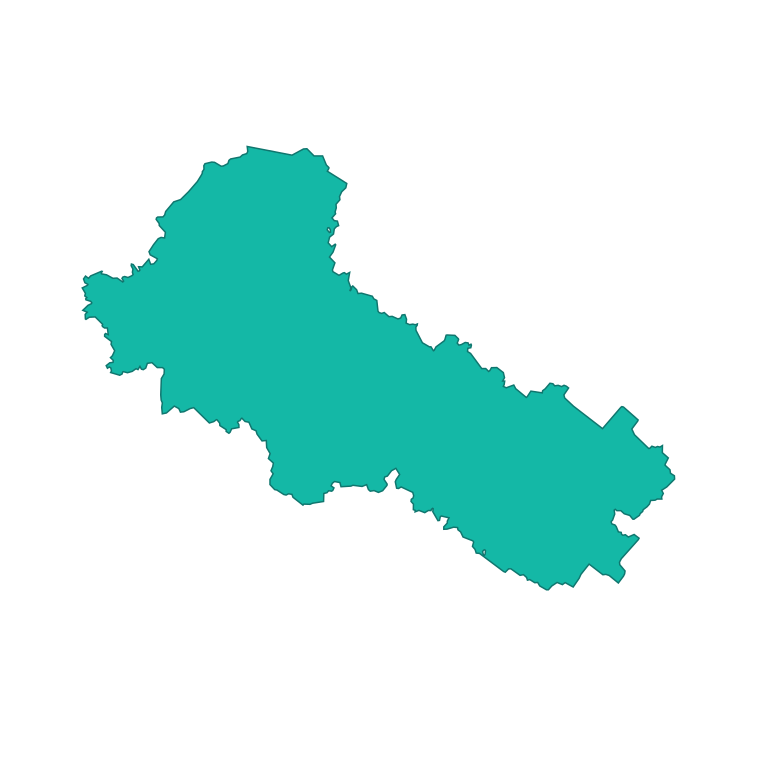 SVG path tracing the border of Vologda, rotated 35°
{"feature_id": "RUS-2359", "entity_name": "Vologda", "entity_type": "Region", "adm_level": 1, "iso_a3": "RUS", "parent_name": "Russia", "parent_adm1": "", "projection": "orthographic", "projection_center": [40.382, 60.042], "detail": "fine", "context": "isolated", "style": "filled", "palette": "teal", "viewbox_px": 768, "rotation_deg": 35, "n_neighbors": 0, "source": "natural_earth", "source_scale": "10m", "svg_char_len": 6135}
<svg xmlns="http://www.w3.org/2000/svg" viewBox="0 0 768 768"><g transform="rotate(35 384 384)"><path d="M238.5,241.1L240.2,245.2L239.1,250.7L240.0,255.9L242.2,258.4L241.6,264.3L243.9,267.1L245.3,271.2L246.7,272.3L246.1,277.8L249.6,278.7L252.4,277.3L256.0,280.3L254.8,282.3L254.3,285.4L256.6,290.1L255.2,294.9L257.3,300.4L262.4,301.5L263.8,297.5L264.6,297.7L266.6,305.2L266.5,311.3L274.3,312.9L276.3,320.1L277.7,321.3L284.8,320.8L286.8,316.5L287.7,315.5L290.2,315.6L291.9,312.3L295.4,319.8L301.8,324.3L302.7,327.5L303.0,325.6L301.9,322.8L302.2,321.6L307.5,322.5L310.8,324.8L313.5,322.5L324.1,318.8L326.8,320.1L330.2,319.7L337.3,327.8L339.1,328.3L341.6,327.5L343.2,325.3L349.4,326.0L351.9,323.9L358.1,322.7L359.8,320.4L359.2,317.1L361.3,315.2L365.3,318.0L367.2,321.4L370.9,320.7L373.3,318.4L375.7,317.5L376.9,315.7L377.5,316.9L377.5,319.2L379.4,321.7L391.8,328.2L400.0,327.5L401.1,326.6L405.4,328.4L405.8,327.7L405.3,323.8L408.5,314.2L408.4,312.7L406.9,308.4L407.5,307.7L414.2,303.5L419.0,304.3L419.6,304.8L420.5,308.5L423.0,309.2L424.7,307.4L426.7,303.4L429.3,302.1L431.4,303.5L432.4,301.5L433.3,302.0L434.3,304.5L432.2,306.7L433.8,309.5L437.4,309.3L455.2,315.3L458.5,313.0L462.5,313.7L463.0,312.3L462.7,309.0L467.0,305.8L475.2,306.2L479.1,309.7L479.5,313.5L481.2,312.4L482.8,315.6L483.1,317.5L486.3,317.0L490.9,310.4L494.6,312.3L508.2,313.4L508.6,312.2L508.4,305.6L518.7,300.5L517.8,298.5L518.8,295.5L519.5,288.2L522.2,286.9L524.9,287.6L527.4,285.2L531.0,284.2L532.2,281.8L534.7,281.2L537.5,281.4L537.6,289.7L540.0,291.8L551.9,293.5L588.6,295.2L591.4,267.2L591.8,266.1L593.4,265.5L612.8,267.7L613.1,268.9L612.8,278.7L618.3,281.9L637.8,285.0L638.6,284.2L639.1,281.3L642.7,280.3L643.9,278.3L646.2,277.4L647.4,274.7L651.4,280.6L659.3,281.5L660.3,288.3L660.8,289.3L667.4,290.2L669.9,292.8L674.5,292.6L676.6,295.2L674.7,306.1L672.4,311.8L675.6,313.5L676.1,317.2L677.6,318.9L673.8,321.5L672.7,323.7L669.2,326.5L670.3,330.1L669.9,333.7L668.4,338.3L669.0,340.1L668.2,343.2L668.6,345.1L666.3,351.4L665.3,352.0L660.7,350.7L655.2,352.5L650.7,351.9L647.4,354.2L645.3,354.0L644.9,355.3L647.6,358.2L649.3,364.4L649.0,366.3L649.6,367.1L651.1,367.9L654.0,367.0L656.0,367.6L660.8,370.7L663.4,369.5L664.9,370.9L666.4,370.9L668.2,369.0L671.9,369.2L675.2,363.8L681.4,364.0L681.6,365.7L678.6,391.0L679.1,394.9L680.8,396.8L688.7,398.9L690.0,401.5L690.4,404.1L690.1,412.6L678.3,411.7L674.9,412.7L672.7,414.7L655.3,413.9L654.5,427.0L655.3,431.3L655.4,441.8L646.3,442.8L645.2,446.0L639.6,447.3L637.3,453.2L636.7,458.3L635.1,459.4L627.4,460.1L623.7,458.4L621.5,460.3L615.6,460.6L614.0,462.4L611.8,460.7L607.6,460.2L605.2,462.7L594.0,462.6L592.1,463.9L591.3,468.6L589.5,469.0L559.4,468.0L556.5,469.6L553.5,467.3L549.6,466.3L548.1,462.1L546.8,461.5L536.5,464.0L531.6,461.2L528.2,461.0L526.6,459.4L523.2,461.3L518.9,466.7L516.3,468.7L514.9,466.7L515.6,461.7L514.5,460.0L514.0,456.3L506.6,459.3L506.3,460.7L507.7,463.9L506.6,465.0L497.2,460.6L495.8,457.9L495.2,457.9L494.7,459.4L495.1,460.7L492.8,462.3L491.2,466.0L485.1,467.5L482.8,470.9L482.1,469.6L480.1,470.1L477.0,465.5L473.5,464.7L472.5,462.8L473.2,460.7L472.4,458.5L469.7,456.3L457.1,458.5L455.8,461.3L454.1,462.1L449.3,457.6L448.8,455.2L448.7,449.1L442.1,446.3L439.9,450.7L439.6,457.5L437.9,459.7L438.7,462.1L444.0,464.2L444.6,465.4L444.1,472.2L441.6,476.0L437.0,477.0L434.2,479.7L431.8,479.4L427.5,476.4L424.8,480.5L416.6,484.8L415.5,486.6L407.7,492.8L404.4,490.0L399.4,492.3L398.6,495.0L399.1,497.8L402.6,497.8L403.1,500.6L402.6,501.8L399.9,503.2L399.6,505.8L397.5,508.2L401.9,514.9L393.9,522.6L392.4,525.0L387.3,528.3L387.1,529.7L374.4,529.0L371.9,527.2L368.8,528.7L367.5,531.1L365.3,532.0L357.1,532.3L355.0,533.2L348.3,531.8L345.3,527.5L344.7,521.1L341.2,519.9L340.2,515.4L338.7,512.2L332.1,511.4L330.6,506.3L324.4,503.4L320.0,497.8L316.7,500.6L308.8,497.9L306.0,495.7L301.5,496.6L295.3,492.8L291.7,494.4L287.2,493.5L286.9,494.2L287.0,496.6L285.9,498.3L285.9,499.3L288.4,500.5L290.1,502.8L284.9,508.1L285.6,511.9L285.2,513.3L281.9,513.4L280.9,511.9L273.4,512.2L271.8,510.3L267.8,509.1L267.2,509.3L266.1,512.5L263.3,516.1L241.7,512.5L239.3,515.3L236.0,521.5L233.4,523.8L230.0,521.8L224.9,522.4L222.4,532.5L219.5,535.6L215.3,530.6L213.3,526.6L210.7,525.0L207.4,521.0L198.5,507.3L198.1,501.9L195.6,497.9L193.2,497.6L188.8,500.6L181.7,499.6L178.3,502.8L179.7,507.6L178.6,510.3L176.8,511.0L174.0,509.6L174.2,513.3L172.1,513.7L170.5,518.1L167.4,521.9L163.4,523.4L163.1,523.9L163.7,526.1L162.5,528.4L153.5,531.4L153.3,529.7L151.1,527.6L149.3,527.6L148.4,529.7L145.9,528.3L147.2,523.9L149.6,521.7L148.8,520.0L144.8,519.3L145.3,516.7L144.3,511.2L137.7,508.1L136.4,505.5L127.8,505.2L126.8,503.7L126.9,502.4L129.8,501.7L125.3,496.8L122.9,498.4L120.8,498.4L119.7,498.0L119.3,496.5L109.0,494.7L104.3,498.3L102.8,502.0L102.1,502.0L99.3,498.4L99.7,495.4L95.0,496.4L96.4,489.3L98.2,486.1L98.1,485.1L96.3,484.5L91.6,486.0L90.8,485.4L91.0,483.6L88.4,483.5L87.4,481.0L81.7,478.4L84.5,473.2L84.3,472.2L80.9,472.6L77.6,470.3L77.6,466.8L81.3,466.9L81.7,463.7L88.0,453.6L88.6,453.4L88.8,455.4L89.4,455.8L94.1,453.7L101.3,452.9L104.6,450.3L111.5,450.3L111.7,449.1L108.8,447.8L108.7,446.3L109.9,444.7L113.2,443.6L115.3,440.0L115.7,438.2L113.8,436.8L112.4,433.9L109.0,432.1L108.3,430.6L110.1,430.0L117.9,432.7L118.7,431.6L118.7,430.7L115.7,428.7L118.8,426.7L119.8,416.7L124.2,419.8L126.5,417.6L127.0,413.2L126.5,411.4L118.4,412.3L115.6,410.4L115.3,402.1L115.7,394.5L117.3,391.8L120.5,390.2L117.9,385.1L109.0,383.1L107.8,381.5L102.9,379.8L102.4,378.4L102.9,377.0L107.1,373.9L107.4,371.4L106.2,367.9L107.3,355.4L111.6,349.6L113.6,338.7L115.0,325.2L114.6,318.0L114.3,315.6L113.4,314.3L113.4,311.4L111.2,308.5L111.0,306.2L115.6,301.0L118.1,299.6L125.7,299.0L127.3,297.6L129.7,293.0L128.7,289.7L129.3,287.6L136.0,280.6L136.7,277.5L139.4,274.0L139.0,271.6L135.7,267.9L177.4,249.3L183.2,237.7L185.9,235.5L195.9,237.3L202.9,232.4L211.2,237.7L214.7,238.3L215.2,239.1L215.5,242.2L238.5,241.1ZM252.4,291.2L253.1,290.4L251.5,288.4L249.3,287.5L248.4,288.2L249.0,290.3L252.4,291.2ZM563.9,467.3L564.5,466.7L564.4,465.4L562.8,462.4L561.6,462.0L560.9,463.1L560.9,464.8L563.9,467.3Z" fill="#14b8a6" stroke="#0f766e" stroke-width="1.5"/></g></svg>